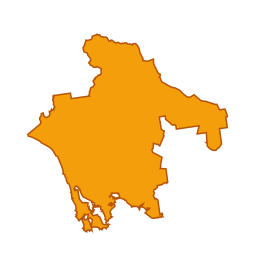 the district of Dunedin City, Otago, New Zealand, rotated 82°
{"feature_id": "76426892B14381320629181", "entity_name": "Dunedin City", "entity_type": "district", "adm_level": 2, "iso_a3": "NZL", "parent_name": "New Zealand", "parent_adm1": "Otago", "projection": "natural_earth1", "projection_center": [170.467, -45.641], "detail": "fine", "context": "isolated", "style": "filled", "palette": "amber", "viewbox_px": 256, "rotation_deg": 82, "n_neighbors": 0, "source": "geoboundaries", "source_scale": "gbopen_adm2", "svg_char_len": 5977}
<svg xmlns="http://www.w3.org/2000/svg" viewBox="0 0 256 256"><g transform="rotate(82 128 128)"><path d="M141.3,37.5L141.4,29.6L130.8,29.7L130.6,28.0L130.0,27.9L122.7,29.3L122.7,34.8L116.9,36.7L116.8,38.4L112.1,48.0L112.2,49.0L111.1,51.9L104.2,58.0L106.0,61.6L105.8,64.7L101.8,68.7L97.7,71.7L95.1,75.4L93.5,79.5L86.9,88.2L82.4,89.3L82.2,90.0L80.1,88.5L78.9,88.9L78.2,90.3L77.3,90.7L68.0,93.7L63.3,93.2L64.7,99.5L63.2,104.1L61.5,103.5L54.8,105.8L51.1,105.9L47.7,107.1L45.5,108.7L45.2,111.2L46.5,112.4L45.2,113.8L44.7,117.0L43.7,117.4L43.2,119.1L43.7,120.9L43.2,121.6L43.5,123.5L41.7,126.2L42.1,128.5L38.7,131.8L38.8,133.0L39.5,133.4L39.3,134.8L35.6,136.3L34.8,137.5L34.8,139.8L34.1,140.2L33.6,142.3L31.7,143.1L31.8,144.5L30.8,145.5L31.6,146.6L31.4,147.4L32.3,150.7L34.0,151.1L35.4,152.6L35.6,156.5L35.1,157.4L40.1,159.6L42.4,161.5L46.5,160.9L48.2,157.9L50.5,157.6L53.9,155.5L56.7,155.8L56.8,156.9L58.2,157.8L59.1,156.8L60.4,156.7L61.7,154.6L63.0,153.8L63.5,151.1L62.8,150.1L65.8,146.0L66.8,146.7L69.9,146.8L70.9,147.6L71.7,148.4L71.3,149.0L72.0,149.4L71.7,150.2L73.0,151.8L73.3,153.2L74.1,153.2L74.5,154.3L75.3,154.1L75.2,154.6L76.7,156.1L80.2,154.9L82.5,157.1L82.7,158.8L83.4,159.7L84.1,159.6L87.1,161.3L88.1,161.0L90.1,162.3L91.0,161.7L91.0,180.1L85.5,180.1L85.5,195.8L86.0,196.6L85.4,197.0L85.8,197.7L87.3,197.4L87.1,197.9L89.0,197.9L88.9,198.3L90.5,198.7L92.0,197.9L94.1,198.6L97.4,197.6L97.9,198.6L99.5,198.9L99.0,199.3L99.8,200.7L98.9,201.2L101.0,202.2L100.6,203.6L103.3,203.4L105.0,204.2L105.8,205.8L106.2,207.9L104.8,209.4L101.2,210.0L102.0,212.0L103.0,211.8L105.7,214.0L107.5,214.2L110.1,213.4L112.0,214.5L120.4,228.1L122.2,227.9L123.5,224.7L128.3,217.6L131.2,215.2L132.9,212.4L136.8,207.7L139.6,205.6L145.6,203.2L145.8,202.3L146.9,201.5L158.5,198.6L163.3,198.2L164.1,199.0L165.6,197.0L167.7,197.1L169.5,196.0L170.4,196.4L173.5,195.8L174.5,195.4L174.9,194.4L176.8,193.8L183.0,193.1L183.9,193.7L184.8,193.0L188.3,193.4L189.6,192.6L189.4,193.1L190.0,193.5L197.7,190.5L201.5,190.7L202.4,191.8L203.8,190.3L205.6,190.6L206.3,191.5L207.5,190.8L208.3,192.1L210.8,190.2L212.7,189.9L213.0,189.2L211.3,187.5L211.4,186.0L210.4,186.1L209.7,185.2L209.2,184.1L209.6,183.6L208.9,183.1L208.4,183.6L208.4,182.8L207.3,182.6L208.2,181.2L207.9,179.2L212.0,180.7L212.8,181.9L213.0,183.7L210.4,184.4L211.8,185.7L211.8,186.7L217.3,185.1L219.9,185.5L221.1,186.8L221.8,185.3L222.7,186.1L223.2,185.9L225.1,183.3L223.8,182.8L223.3,181.8L223.7,180.9L224.8,180.4L223.6,178.8L224.7,178.0L219.3,178.2L218.6,178.9L217.2,178.7L213.7,180.1L212.3,179.5L212.1,178.3L211.6,178.1L213.0,176.6L214.6,176.1L219.0,177.8L221.6,177.8L221.2,175.4L221.9,172.5L222.7,170.7L224.4,170.4L223.8,169.8L225.2,168.0L225.1,167.5L224.1,167.8L223.3,166.0L223.6,163.9L224.3,164.0L224.6,163.7L223.9,163.6L223.4,161.8L221.0,160.7L220.8,160.1L220.3,160.7L220.9,162.1L219.8,162.7L220.5,163.5L220.5,164.8L219.4,166.4L212.4,168.2L211.5,169.7L209.5,170.4L210.0,174.9L207.3,176.0L206.5,175.4L207.0,174.6L204.3,172.8L204.0,173.8L206.0,176.4L204.6,176.1L204.0,176.6L204.2,177.2L202.3,177.6L202.5,178.1L200.6,177.6L200.9,178.2L199.3,178.8L196.7,177.9L195.9,180.0L196.4,180.9L195.7,181.6L195.7,183.7L191.4,186.0L183.2,186.3L182.2,186.8L182.4,187.2L180.6,189.6L178.6,188.3L178.5,187.1L179.2,186.4L178.3,186.4L181.2,185.0L180.7,184.9L182.3,184.8L181.9,184.3L186.6,183.4L189.9,182.1L195.6,173.9L196.7,174.4L197.3,173.7L196.5,173.0L197.3,171.9L198.9,171.6L199.5,172.1L199.2,173.6L199.8,173.5L200.8,172.3L200.7,171.6L201.8,171.6L201.8,170.2L200.8,170.4L201.6,168.9L201.1,169.2L200.9,168.8L201.3,168.9L200.6,168.7L201.7,167.8L201.3,167.2L201.8,166.0L204.9,166.3L205.5,165.0L206.2,164.8L207.0,165.8L207.3,164.5L208.2,163.9L209.4,164.3L210.0,163.5L214.4,162.8L215.2,163.5L216.9,162.2L218.3,162.8L218.9,163.6L218.7,162.8L217.0,161.7L217.7,161.0L215.6,159.6L213.9,156.0L213.2,157.4L210.8,156.7L210.1,157.6L208.0,157.2L206.1,155.5L203.7,151.9L202.4,151.8L201.4,152.7L201.5,153.6L202.7,155.1L201.9,155.3L202.3,156.3L201.3,157.9L200.0,156.4L200.5,155.6L199.8,155.4L199.7,154.6L202.0,154.4L201.3,153.6L201.4,152.9L199.5,151.4L199.7,150.9L198.7,151.2L195.9,150.6L195.2,151.0L195.7,151.1L195.7,152.6L194.3,152.2L192.5,153.9L191.1,153.2L190.4,153.6L190.2,152.4L190.7,150.8L190.8,147.9L191.7,147.6L192.0,146.7L191.6,146.5L192.0,146.2L194.6,145.8L195.6,147.6L195.6,150.0L196.7,149.4L196.4,145.2L198.2,141.7L199.1,141.3L199.3,140.2L202.0,139.1L204.7,136.2L206.4,135.5L205.9,135.1L206.8,134.2L206.0,133.5L206.7,132.2L206.7,130.6L208.1,128.8L210.5,128.0L209.7,127.5L207.7,128.3L206.7,127.2L205.1,123.5L207.4,125.1L207.3,126.4L208.4,127.9L207.9,126.0L208.6,124.0L210.1,122.3L212.1,121.2L211.8,120.2L209.9,120.1L210.5,117.8L211.1,118.1L210.9,119.0L212.2,118.7L210.9,119.5L211.5,119.7L212.4,121.1L213.5,121.2L214.4,122.9L220.3,117.2L221.1,114.9L220.7,113.2L221.2,111.6L220.6,110.7L220.9,108.8L220.5,107.7L221.0,107.5L220.4,106.7L220.7,105.8L219.6,106.2L219.8,106.7L218.4,105.7L217.1,106.3L218.5,108.4L203.4,108.4L201.7,110.2L201.5,110.7L202.1,111.2L198.5,112.3L195.9,110.8L194.5,111.5L193.3,111.1L192.4,110.3L192.5,109.3L191.6,108.6L191.1,107.2L189.0,107.0L189.2,105.1L188.7,104.1L189.1,103.2L187.6,99.7L187.4,98.2L187.8,97.6L187.0,96.9L187.9,97.1L187.3,96.2L173.6,96.1L172.6,101.9L170.8,100.9L168.6,100.8L161.7,98.4L155.6,107.0L153.6,107.2L152.4,107.1L151.6,105.9L146.8,105.0L148.5,100.7L150.1,99.1L140.7,93.4L139.6,93.8L135.9,92.6L135.9,93.2L133.7,95.2L121.4,95.5L121.3,89.5L124.7,89.5L129.4,85.1L130.5,84.7L131.4,83.2L131.2,81.4L132.2,80.3L135.8,80.3L135.7,57.3L143.5,60.4L143.5,51.1L153.2,51.8L153.2,52.7L154.3,51.7L156.9,52.0L159.7,50.0L161.9,47.1L162.4,44.1L160.8,42.3L160.0,40.4L156.8,37.6L141.3,37.5ZM192.4,154.0L193.4,155.1L193.7,155.8L192.8,155.7L192.7,154.7L192.3,155.1L192.2,155.2L192.6,154.7L192.4,154.0ZM181.0,189.7L181.2,189.0L182.5,189.3L182.4,189.4L181.0,189.7ZM203.5,173.9L201.8,173.4L202.6,173.8L202.5,174.2L203.5,173.9ZM201.3,172.4L201.0,172.8L201.3,173.2L201.5,173.0L201.3,172.4Z" fill="#f59e0b" stroke="#b45309" stroke-width="1.5"/></g></svg>